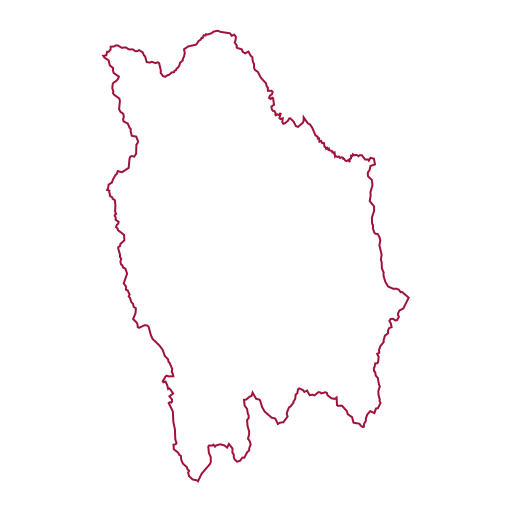 the district of Paucartambo, Cusco, Peru
{"feature_id": "86281439B72784044291382", "entity_name": "Paucartambo", "entity_type": "district", "adm_level": 2, "iso_a3": "PER", "parent_name": "Peru", "parent_adm1": "Cusco", "projection": "equal_earth", "projection_center": [-71.544, -13.17], "detail": "fine", "context": "isolated", "style": "outline", "palette": "rose", "viewbox_px": 512, "rotation_deg": 0, "n_neighbors": 0, "source": "geoboundaries", "source_scale": "gbopen_adm2", "svg_char_len": 6020}
<svg xmlns="http://www.w3.org/2000/svg" viewBox="0 0 512 512"><path d="M175.3,439.4L176.5,443.1L175.8,444.2L173.5,444.7L173.8,449.2L178.4,452.9L179.1,454.7L180.9,455.9L181.3,460.0L182.9,463.6L186.9,467.2L187.6,469.5L189.1,470.8L188.1,472.7L189.1,476.2L192.7,479.5L196.9,480.3L198.0,481.3L201.5,473.9L209.8,464.2L210.8,462.1L210.7,456.9L208.9,453.0L208.3,446.6L209.0,445.5L212.0,445.6L213.4,444.7L215.0,446.6L216.2,445.3L220.2,444.3L224.4,445.4L227.1,447.6L228.9,444.0L232.5,448.5L232.4,452.8L233.7,454.3L233.8,457.2L234.7,459.5L237.1,461.7L240.1,460.7L242.4,457.6L244.3,457.7L247.2,452.2L249.2,450.4L249.2,448.4L250.7,444.5L249.7,441.2L248.0,438.7L249.1,434.5L249.2,431.6L247.5,425.8L247.1,419.9L248.6,418.2L248.7,415.4L247.8,413.8L247.1,409.0L244.6,405.6L244.0,399.8L246.2,399.6L249.4,396.8L251.6,395.8L252.6,392.6L256.1,398.8L259.4,399.6L260.1,400.4L262.1,407.0L264.6,411.5L271.7,417.7L275.2,418.5L277.9,424.0L279.9,422.7L283.3,422.3L287.6,416.5L286.8,414.2L286.9,412.5L289.0,407.4L290.6,406.4L293.5,402.6L293.5,401.6L295.2,398.9L295.7,394.5L297.3,393.4L298.0,389.4L299.1,388.4L302.9,390.0L304.3,391.9L307.0,390.6L309.7,395.2L312.5,394.7L314.5,395.4L318.4,392.2L320.0,392.3L321.3,393.4L325.3,392.3L326.8,392.8L327.6,395.3L331.4,398.3L334.8,398.9L336.6,397.5L337.0,405.1L337.8,405.8L342.0,405.7L346.7,411.0L347.9,414.3L352.1,417.2L353.5,422.7L359.4,423.7L360.8,425.7L362.7,427.0L363.8,426.8L364.1,423.8L365.8,421.0L365.9,418.3L367.3,414.5L370.2,411.1L374.4,413.1L376.0,408.5L377.9,408.2L380.5,403.0L379.5,400.9L379.8,399.7L378.4,394.3L378.4,390.9L379.8,386.3L379.0,384.6L377.8,378.0L375.7,375.5L375.2,372.2L374.0,370.9L373.9,367.9L374.6,366.9L375.2,363.4L377.1,363.3L378.1,362.2L378.7,356.8L377.1,353.9L379.3,352.7L379.0,349.9L380.4,346.1L383.7,342.0L383.6,340.1L384.9,335.7L388.1,333.2L388.0,330.6L389.1,328.2L391.6,327.1L390.9,323.6L389.4,320.9L390.5,319.1L393.0,318.8L395.4,320.5L397.1,320.0L398.9,316.9L397.9,314.7L398.3,312.8L399.6,310.4L403.3,308.5L408.7,297.7L402.0,291.9L400.6,292.2L398.9,289.7L396.2,288.7L393.3,288.8L388.1,286.5L385.4,281.9L383.5,275.8L383.6,272.4L381.9,268.5L381.6,261.8L380.9,260.0L381.6,254.5L379.4,245.3L380.3,240.4L379.5,237.3L377.8,234.1L375.2,233.6L374.2,232.3L372.9,228.5L373.0,225.2L372.1,223.6L371.9,217.7L374.1,210.9L374.1,206.5L369.7,201.0L370.7,195.5L370.4,192.3L372.4,185.4L372.3,183.1L371.8,179.9L368.1,176.4L367.7,173.8L368.0,172.3L369.6,170.0L370.4,166.0L375.0,164.4L373.9,158.7L370.5,157.8L368.8,160.7L367.9,159.4L365.2,159.6L361.8,155.2L359.7,155.2L358.4,156.2L356.6,154.9L353.8,155.3L352.9,154.3L352.1,156.1L351.1,155.7L351.0,158.4L349.5,159.2L349.8,161.1L349.4,161.4L348.5,160.1L346.6,161.1L345.2,160.5L344.2,158.9L343.3,158.9L343.1,157.9L341.8,157.3L339.9,157.9L338.8,156.5L337.4,156.9L335.6,156.1L335.1,156.6L334.6,152.6L333.8,153.2L333.5,152.4L332.3,152.4L332.3,151.2L329.0,150.1L328.9,148.8L328.1,149.3L327.4,147.9L326.2,148.9L325.5,147.1L324.5,146.7L324.0,143.1L322.1,143.1L321.2,141.0L319.5,141.7L319.1,138.4L317.8,138.6L317.6,136.7L315.5,135.4L312.3,127.9L310.1,124.5L307.8,123.3L303.7,117.4L303.6,121.0L302.8,122.8L298.0,126.9L295.9,126.1L293.6,121.6L290.2,118.3L289.2,118.5L288.1,120.6L285.1,123.1L283.3,123.8L282.3,122.1L282.7,118.3L280.5,119.1L279.4,118.0L280.6,113.8L280.0,113.6L279.2,115.2L277.5,114.4L275.8,115.3L275.3,114.4L275.7,113.3L274.4,111.1L272.9,110.8L271.8,109.2L271.4,106.6L274.0,104.8L273.1,98.2L272.3,97.7L270.6,99.0L269.1,98.0L269.9,95.7L272.0,94.2L272.7,91.9L271.5,90.8L267.9,90.8L267.8,87.5L266.7,86.4L266.0,83.3L260.9,77.8L257.8,71.8L255.0,70.0L254.1,68.0L254.0,64.2L252.8,61.3L252.3,57.1L250.6,55.6L248.4,51.6L245.1,53.3L242.8,51.9L241.6,49.2L237.2,48.0L236.6,47.2L236.8,45.4L234.7,42.5L235.6,40.1L235.9,36.8L234.1,34.6L231.8,35.8L230.0,33.3L220.6,31.9L217.7,30.7L213.6,31.6L211.6,33.2L207.8,34.5L206.0,34.2L205.6,35.5L203.7,35.3L202.6,38.0L201.5,37.9L200.8,39.5L198.5,41.1L196.2,44.6L188.3,46.4L184.0,49.3L184.8,53.1L184.0,56.5L182.7,59.3L182.8,60.4L180.1,62.7L179.3,65.7L177.6,68.1L176.5,68.7L176.0,70.1L174.4,70.9L174.0,72.2L171.6,72.5L169.2,74.8L167.4,75.2L165.4,76.8L163.0,76.1L160.7,72.9L160.8,70.4L159.1,63.1L157.8,62.3L155.5,63.1L151.8,61.8L149.8,62.6L146.7,62.1L145.1,56.4L143.9,55.3L142.7,52.3L139.0,50.1L137.5,51.1L135.4,51.2L132.8,49.4L128.9,49.4L125.8,47.4L121.7,47.8L117.9,45.5L115.8,45.4L114.0,46.5L110.7,46.7L110.5,49.7L108.6,51.8L107.1,51.8L106.3,55.3L103.3,55.8L104.5,57.7L108.6,60.3L109.8,65.5L113.1,68.0L112.9,70.2L113.6,72.9L118.9,76.6L118.2,78.6L116.3,80.9L113.6,82.6L112.7,84.0L112.3,88.2L113.4,91.6L112.9,92.9L113.9,94.6L119.3,98.5L119.9,100.8L119.1,109.3L120.6,112.0L123.1,113.6L123.9,116.6L123.1,119.1L123.5,121.3L127.7,123.5L129.7,128.0L130.8,129.1L130.6,131.2L131.8,135.8L136.2,136.6L138.0,141.1L137.6,143.1L136.4,144.6L136.1,153.7L134.2,156.6L131.7,156.1L130.4,156.6L129.5,158.7L128.7,167.9L122.0,172.2L117.8,171.1L116.7,174.1L115.6,174.8L113.1,179.2L111.8,182.6L108.6,184.6L108.2,187.7L107.1,190.0L109.4,190.6L109.2,192.4L109.9,194.0L109.8,195.8L112.3,197.4L112.7,198.8L114.9,200.2L115.4,205.6L115.1,211.6L116.1,213.9L114.7,215.1L114.7,215.9L115.7,217.4L115.6,219.7L118.6,221.8L118.3,223.6L116.9,224.8L116.0,227.1L117.6,228.5L117.9,230.1L124.0,234.8L124.4,240.2L120.3,244.1L120.0,246.1L118.3,247.1L118.1,248.0L120.0,254.6L120.0,257.0L121.2,258.6L120.4,261.8L121.1,264.5L122.5,265.4L122.9,267.4L125.4,268.7L127.1,273.6L123.7,283.4L125.9,286.4L126.0,289.8L127.6,290.3L129.6,294.5L128.7,296.3L130.1,298.1L131.3,302.1L133.0,303.8L133.7,306.9L135.9,308.3L135.5,313.3L133.1,319.0L136.5,322.4L137.5,324.2L137.7,327.0L139.0,327.8L144.7,325.2L146.9,325.4L148.6,326.7L150.9,335.2L152.6,338.9L159.5,345.6L162.7,349.9L164.8,356.0L168.1,359.4L168.5,361.8L169.6,362.9L172.2,368.9L171.8,372.2L172.9,373.9L173.3,376.3L168.7,376.4L166.7,375.7L165.7,376.3L162.7,381.3L163.5,382.3L165.5,381.6L167.1,384.8L168.1,388.9L169.0,388.3L170.5,389.6L173.1,393.5L169.4,396.3L172.0,399.4L172.1,401.4L171.3,402.6L169.9,402.2L168.7,403.1L172.8,411.3L173.4,422.2L174.9,429.3L175.3,439.4Z" fill="none" stroke="#9f1239" stroke-width="2"/></svg>